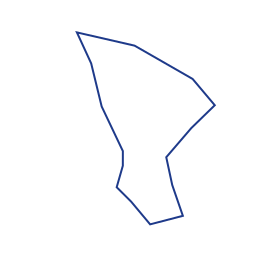 Saint Patrick, Natural Earth projection, rotated 116°
{"feature_id": "VCT-5068", "entity_name": "Saint Patrick", "entity_type": "Parish", "adm_level": 1, "iso_a3": "VCT", "parent_name": "Saint Vincent and the Grenadines", "parent_adm1": "", "projection": "natural_earth1", "projection_center": [-61.236, 13.231], "detail": "fine", "context": "isolated", "style": "outline", "palette": "blue", "viewbox_px": 256, "rotation_deg": 116, "n_neighbors": 0, "source": "natural_earth", "source_scale": "10m", "svg_char_len": 344}
<svg xmlns="http://www.w3.org/2000/svg" viewBox="0 0 256 256"><g transform="rotate(116 128 128)"><path d="M64.5,215.8L51.1,158.2L55.6,91.4L69.5,60.0L100.4,71.1L137.5,80.8L159.8,63.3L182.9,40.2L204.9,65.9L192.8,92.9L186.2,112.2L164.2,116.1L151.0,122.5L120.2,161.1L86.1,189.4L64.5,215.8Z" fill="none" stroke="#1e3a8a" stroke-width="2"/></g></svg>